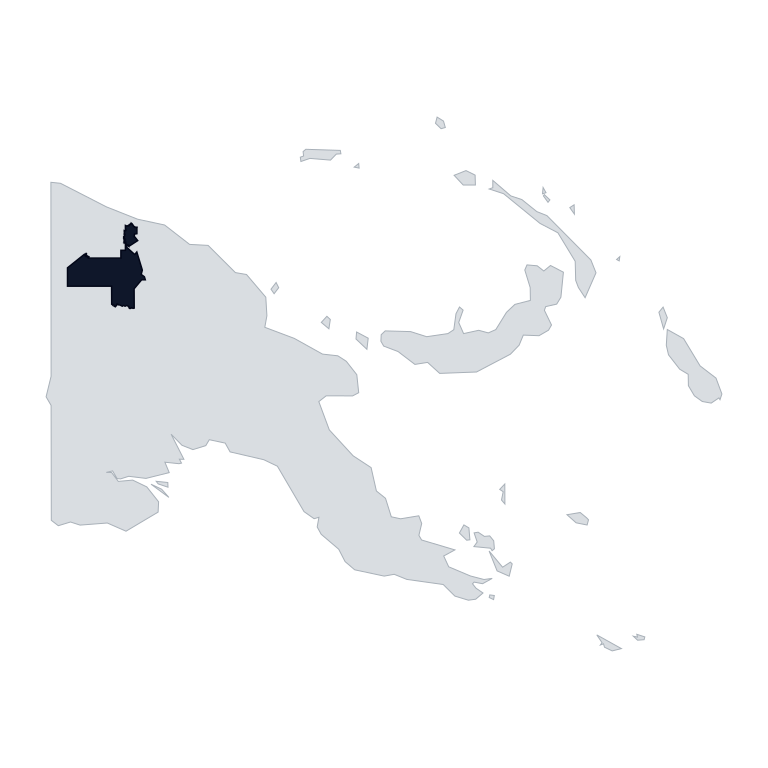 location of Ambunti/Drekikier District, East Sepik, Papua New Guinea
{"feature_id": "67681753B88786401502909", "entity_name": "Ambunti/Drekikier District", "entity_type": "district", "adm_level": 2, "iso_a3": "PNG", "parent_name": "Papua New Guinea", "parent_adm1": "East Sepik", "projection": "natural_earth1", "projection_center": [142.509, -4.218], "detail": "fine", "context": "in_parent", "style": "filled", "palette": "ink", "viewbox_px": 768, "rotation_deg": 0, "n_neighbors": 0, "source": "geoboundaries", "source_scale": "gbopen_adm2", "svg_char_len": 8287}
<svg xmlns="http://www.w3.org/2000/svg" viewBox="0 0 768 768"><path d="M51.3,520.3L51.1,405.4L46.1,396.8L51.1,376.3L50.9,182.3L60.5,183.3L106.5,206.9L137.6,219.2L164.6,225.0L189.6,244.4L208.1,245.4L235.4,272.6L246.5,274.5L265.8,297.2L266.9,315.7L264.8,327.3L294.3,338.4L322.5,354.1L337.8,355.8L346.3,361.3L356.8,374.7L358.7,392.7L352.6,395.9L326.2,395.8L318.8,401.6L329.3,429.9L353.1,455.8L371.1,467.6L376.4,491.0L385.5,498.3L391.3,516.8L400.6,518.8L418.8,515.8L421.7,523.5L418.9,535.3L421.6,540.0L454.9,549.9L443.7,556.0L448.7,566.8L470.5,576.0L484.0,579.5L492.2,578.4L482.6,583.7L474.1,582.1L472.5,583.8L476.0,588.2L483.0,593.0L475.7,599.2L468.4,600.2L454.9,596.1L443.2,584.5L406.8,579.4L394.2,574.3L384.2,576.1L354.7,569.8L345.1,561.6L338.7,549.2L321.2,534.3L317.2,527.0L318.9,517.3L314.1,518.7L304.0,511.6L277.4,466.2L263.8,459.7L230.1,451.9L225.2,443.1L209.3,439.7L205.8,445.6L192.9,449.6L182.0,445.3L171.1,434.2L183.9,459.3L179.4,459.2L181.5,463.1L179.0,463.7L164.9,462.2L169.2,472.6L146.0,478.4L128.7,476.3L120.5,478.9L117.1,478.6L112.6,470.9L106.3,472.4L111.6,472.5L118.3,481.4L132.7,480.1L146.8,486.9L158.6,501.8L158.1,512.1L126.0,531.2L107.3,523.0L80.1,525.1L70.5,522.0L58.3,525.7L51.3,520.3ZM537.2,265.8L543.8,271.0L550.5,265.5L563.4,272.2L560.9,297.2L556.7,304.1L545.7,306.6L544.4,310.3L551.5,325.0L548.5,330.2L539.0,335.7L523.3,335.1L519.1,345.2L510.4,354.2L476.5,372.0L439.7,373.4L427.6,362.4L414.9,364.4L398.0,351.5L383.7,346.1L380.9,341.2L381.2,334.7L385.2,330.9L410.6,331.6L426.7,336.7L447.9,333.6L453.8,329.7L456.0,313.7L459.5,307.0L463.1,310.1L458.7,322.5L463.6,333.6L478.7,330.3L488.3,332.9L495.8,329.6L506.5,312.3L514.9,304.4L530.4,300.4L530.2,287.6L524.8,270.0L527.0,264.9L537.2,265.8ZM721.9,394.0L720.0,399.7L718.9,397.9L711.2,403.1L702.3,401.5L694.4,395.8L688.4,385.7L688.2,374.3L679.7,369.2L668.5,354.8L666.3,345.2L667.3,329.5L683.6,338.6L700.1,365.9L716.0,378.1L721.9,394.0ZM596.0,272.8L585.1,297.7L578.4,287.5L575.7,280.4L575.2,261.3L557.9,232.8L540.0,223.4L503.6,193.7L489.2,189.0L492.8,187.7L492.8,180.4L510.8,195.9L521.9,199.6L536.8,211.6L546.9,215.6L590.9,260.0L596.0,272.8ZM305.8,149.3L340.3,150.4L340.9,153.8L336.3,154.1L330.5,160.1L309.9,158.4L300.9,161.5L300.3,157.2L303.6,156.0L303.1,151.6L305.8,149.3ZM478.1,532.2L484.4,536.4L489.7,535.9L493.7,540.8L494.4,548.8L492.1,550.7L490.6,548.2L473.9,546.6L477.2,542.0L474.1,532.9L478.1,532.2ZM475.4,185.0L463.2,185.0L454.1,175.3L466.0,170.6L475.1,175.1L475.4,185.0ZM502.6,567.2L510.4,562.1L512.2,563.9L509.2,576.2L497.1,570.9L489.1,551.0L502.6,567.2ZM567.0,514.7L580.2,512.5L586.6,517.8L588.5,519.8L587.1,525.0L576.1,522.8L567.0,514.7ZM596.8,634.9L621.4,648.6L612.2,650.9L604.5,647.2L603.5,643.8L600.4,645.0L602.0,642.6L596.8,634.9ZM366.9,349.3L356.0,339.0L356.6,332.0L368.2,338.2L366.9,349.3ZM469.9,539.8L466.7,540.2L459.4,533.0L463.9,524.9L468.9,527.9L469.9,539.8ZM663.6,328.9L658.9,312.2L663.1,307.1L667.3,317.7L663.6,328.9ZM328.9,328.8L321.3,322.4L326.9,316.3L330.3,319.5L328.9,328.8ZM445.3,127.5L441.1,128.7L435.5,123.3L437.1,117.1L443.5,121.1L445.3,127.5ZM278.7,287.7L274.1,293.7L271.0,289.2L276.1,282.5L278.7,287.7ZM504.8,484.0L504.9,504.0L501.5,500.0L503.2,491.7L499.7,489.4L504.8,484.0ZM161.6,489.2L168.9,497.4L151.0,484.2L161.6,489.2ZM168.0,487.2L158.2,483.9L156.2,481.3L167.8,482.5L168.0,487.2ZM644.8,636.9L644.1,639.7L637.6,640.2L633.3,636.2L637.5,637.1L636.8,634.3L644.8,636.9ZM574.1,204.8L574.4,214.1L569.8,207.6L574.1,204.8ZM549.9,199.9L548.0,202.3L543.4,195.9L544.3,194.6L549.9,199.9ZM494.3,595.5L493.6,599.6L489.2,597.5L489.8,594.9L494.3,595.5ZM546.0,192.7L542.5,193.8L543.1,187.5L546.0,192.7ZM358.7,163.5L359.1,168.1L354.2,167.1L358.7,163.5ZM619.8,256.6L619.2,260.9L616.6,259.5L619.8,256.6Z" fill="#d9dde1" stroke="#a8b0b8" stroke-width="1"/><path d="M125.4,246.1L125.4,250.3L120.9,250.3L120.9,258.1L88.4,258.1L88.4,257.9L88.0,257.7L87.9,257.6L87.9,257.4L88.0,257.3L88.4,257.3L88.8,257.2L89.0,256.8L88.9,256.6L88.7,256.5L88.4,256.5L88.1,256.9L88.0,257.0L87.8,256.9L87.5,256.2L87.4,256.0L87.2,255.8L86.9,255.8L86.6,255.8L86.5,256.3L86.4,256.5L86.2,256.5L86.2,256.2L86.0,255.9L85.8,255.9L85.5,256.0L85.3,256.0L85.1,255.9L85.1,255.4L85.3,255.2L85.7,255.0L86.0,254.8L86.5,254.2L86.5,253.9L86.5,253.7L86.4,253.5L86.1,253.4L85.9,253.5L85.5,254.3L85.2,254.5L85.0,254.8L84.9,254.8L84.8,254.4L84.5,254.2L67.5,267.8L67.5,286.2L111.6,286.2L111.7,304.1L111.9,304.1L112.0,304.2L112.0,304.4L112.2,304.6L112.3,304.7L112.4,304.8L112.4,304.7L112.5,304.6L112.9,304.5L113.0,304.5L113.3,304.9L113.4,305.0L113.8,305.1L114.1,305.3L114.1,305.5L114.2,305.8L114.3,305.9L114.2,306.2L114.4,306.3L114.7,306.5L115.2,306.6L115.3,306.7L115.6,306.3L115.5,306.1L116.2,305.9L116.3,305.7L116.7,305.1L116.5,304.8L116.5,304.6L116.5,304.4L116.8,304.2L117.1,303.9L117.8,304.2L117.8,304.5L118.3,304.8L118.5,304.7L119.0,304.9L119.4,304.9L119.7,304.9L119.9,305.0L120.5,305.3L121.5,305.8L122.0,306.1L122.3,306.2L122.9,305.7L123.4,305.6L123.7,305.6L124.2,305.7L124.8,306.1L125.1,306.2L125.5,306.0L126.4,305.6L126.7,305.5L127.1,305.6L127.6,305.8L127.8,306.0L128.3,306.3L128.4,306.5L128.8,306.5L129.1,306.9L129.1,307.2L129.0,307.5L129.0,307.8L129.4,308.2L129.5,308.3L129.9,308.5L130.1,308.4L130.7,308.4L131.0,308.3L131.1,308.2L131.3,307.7L131.5,307.6L131.8,307.7L132.0,307.7L132.1,307.9L132.4,308.0L132.8,308.3L133.0,308.3L133.0,308.2L133.6,308.2L133.8,308.2L134.2,308.1L134.1,288.8L141.6,279.8L145.3,279.8L144.4,276.8L141.2,274.4L142.3,270.2L141.9,268.7L136.8,252.0L134.7,254.5L125.4,246.1ZM125.4,225.4L125.4,228.6L125.7,228.7L125.7,229.0L125.8,229.3L125.8,229.5L125.9,229.8L125.7,229.9L125.7,230.2L125.8,230.2L125.8,230.4L125.8,230.5L125.5,230.5L125.4,230.7L125.3,230.8L124.9,230.7L124.8,230.8L124.7,230.9L124.5,230.7L124.5,230.8L124.4,230.9L124.2,230.9L124.2,231.0L124.4,231.0L124.5,231.2L124.6,231.7L124.4,231.9L124.4,232.0L124.3,232.4L124.3,232.6L124.5,232.9L124.6,233.1L124.4,233.3L124.2,233.7L124.3,233.8L124.2,234.0L124.2,234.4L124.3,234.4L124.5,234.3L124.5,234.2L124.8,234.2L125.0,234.4L124.8,234.6L124.7,234.7L124.7,234.8L124.6,234.7L124.6,234.8L124.6,235.0L124.6,235.3L124.7,235.6L124.5,235.9L124.3,235.9L124.2,236.1L124.4,236.2L124.6,236.3L124.5,236.6L124.3,236.7L124.3,236.9L124.3,237.0L124.2,237.1L124.1,236.9L123.8,237.0L123.7,237.1L123.8,237.3L123.7,237.6L123.8,237.7L123.8,237.8L123.7,237.7L123.7,237.8L123.8,238.0L124.0,237.9L124.0,238.0L124.3,238.2L124.3,238.3L124.3,238.5L124.7,238.6L124.8,238.9L124.6,239.1L124.8,239.2L124.6,239.3L124.5,239.7L124.4,239.7L124.1,239.6L124.2,239.8L124.3,239.9L124.2,240.3L124.3,240.3L124.4,240.2L124.4,240.6L124.5,240.7L124.4,240.9L124.3,240.7L124.2,240.8L124.3,240.9L124.2,241.1L124.5,241.1L124.6,240.9L124.8,240.9L124.7,241.1L124.8,241.3L124.8,241.6L124.8,241.9L124.7,241.9L124.7,242.0L124.4,242.3L124.5,242.3L124.9,242.4L124.8,242.6L125.0,242.5L125.2,242.4L125.3,242.2L125.4,242.3L125.4,242.5L125.2,242.8L125.1,243.0L125.2,243.4L125.3,243.4L125.4,243.6L125.5,243.5L125.4,243.9L125.4,244.0L125.6,244.0L125.4,244.3L125.4,244.5L125.9,244.5L125.9,244.8L126.0,245.1L126.0,245.3L126.2,245.2L126.4,245.1L126.6,245.2L126.8,245.1L127.0,245.2L127.0,244.9L127.1,245.0L127.2,245.4L127.3,245.7L127.5,245.6L127.4,245.8L127.6,245.8L127.6,245.6L127.7,245.4L127.8,245.6L128.1,245.9L128.1,246.0L128.3,246.1L128.2,245.9L128.4,245.7L128.2,245.6L128.4,245.5L128.5,245.6L128.7,245.8L128.8,245.7L128.7,245.6L129.0,245.5L129.2,246.0L129.3,245.9L129.4,246.0L137.7,240.6L134.9,237.0L134.2,236.8L134.5,234.1L136.9,233.7L136.9,227.9L136.8,228.0L136.7,228.0L136.7,227.8L136.9,227.6L137.0,227.4L136.8,227.3L136.5,227.2L136.2,227.2L135.8,227.2L135.6,227.2L135.3,227.4L135.1,227.4L135.0,227.2L134.8,227.3L134.7,227.2L134.8,227.0L134.8,226.9L134.6,226.8L134.5,226.7L134.4,226.7L134.2,226.9L133.8,226.5L133.8,226.3L133.8,226.2L133.4,226.0L133.2,225.6L133.2,225.4L133.1,225.2L132.9,224.9L132.5,224.9L132.4,224.8L132.4,224.5L132.3,224.4L132.3,224.1L132.2,223.9L131.9,223.6L131.7,223.6L131.5,223.4L131.4,223.4L131.2,223.2L131.1,223.6L130.7,223.8L130.4,223.8L130.3,224.0L130.4,224.3L130.2,224.3L129.9,224.4L129.7,224.5L129.3,224.7L129.1,224.7L129.0,224.9L129.0,225.0L129.0,225.3L129.3,225.6L128.5,226.0L128.4,226.0L128.2,225.8L127.9,225.8L127.7,226.0L127.3,225.9L127.2,225.8L127.0,226.0L126.9,226.1L126.7,226.2L126.3,226.0L126.1,225.8L125.9,225.6L125.4,225.4Z" fill="#0f172a" stroke="#020617" stroke-width="1.5"/></svg>